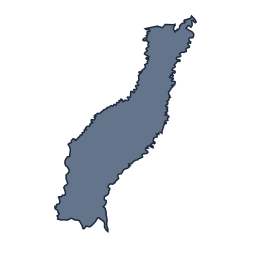 Sochiapa, Veracruz, Mexico, rotated 259°
{"feature_id": "50627088B39448172692324", "entity_name": "Sochiapa", "entity_type": "district", "adm_level": 2, "iso_a3": "MEX", "parent_name": "Mexico", "parent_adm1": "Veracruz", "projection": "albers", "projection_center": [-96.916, 19.171], "detail": "fine", "context": "isolated", "style": "filled", "palette": "slate", "viewbox_px": 256, "rotation_deg": 259, "n_neighbors": 0, "source": "geoboundaries", "source_scale": "gbopen_adm2", "svg_char_len": 5902}
<svg xmlns="http://www.w3.org/2000/svg" viewBox="0 0 256 256"><g transform="rotate(259 128 128)"><path d="M123.3,66.1L121.6,66.8L118.3,67.5L111.1,65.2L111.3,63.2L109.6,61.3L107.9,60.0L105.6,59.3L103.0,59.6L101.2,61.2L97.8,62.2L96.0,61.6L93.5,58.1L92.4,58.1L90.6,57.5L85.3,58.3L84.0,57.1L83.5,55.2L81.9,53.6L78.1,54.2L75.3,54.2L74.1,52.6L74.6,50.8L73.1,49.3L73.8,47.3L73.4,46.5L72.1,47.0L68.5,47.0L67.2,46.5L66.5,45.2L66.6,43.6L66.3,43.2L65.1,42.6L64.2,42.5L64.9,41.2L62.7,41.0L60.8,43.1L59.3,43.5L58.4,43.1L57.9,43.9L56.2,43.6L55.2,41.6L54.0,42.3L52.0,41.5L50.3,45.2L50.4,46.5L49.3,50.5L49.3,51.8L50.1,54.3L50.0,55.7L47.8,58.4L47.3,60.5L46.6,62.1L46.0,62.6L40.9,64.4L38.3,64.4L37.6,65.0L37.7,66.0L39.4,67.7L39.3,69.4L38.5,70.7L38.4,72.3L40.1,75.1L42.6,78.4L45.4,80.9L45.5,82.2L45.0,82.8L43.9,83.2L42.4,85.1L40.4,86.5L39.2,86.8L35.0,86.0L31.7,87.2L30.2,88.5L32.7,89.0L34.9,88.6L36.9,88.6L38.9,89.0L41.5,89.9L47.1,90.0L49.6,90.5L53.9,90.1L55.4,88.6L56.1,89.8L57.9,91.8L59.5,92.5L60.9,92.7L61.2,91.9L62.7,91.1L64.3,91.4L65.4,92.3L65.7,93.7L66.6,95.5L67.9,96.6L69.2,97.1L70.2,97.2L71.2,98.4L72.2,98.6L73.7,97.1L74.5,97.2L76.6,99.5L75.8,102.0L75.9,102.8L76.5,103.4L76.6,104.5L78.8,106.5L79.4,108.1L80.3,109.2L83.0,108.7L83.8,109.1L84.5,110.2L84.3,112.2L85.4,113.8L87.1,115.0L88.4,116.8L88.5,119.3L89.1,121.0L89.7,121.8L90.3,121.7L90.2,122.4L90.6,123.0L91.2,122.2L92.1,121.7L92.6,122.1L92.2,124.6L94.0,127.0L94.9,129.0L95.0,131.6L95.8,132.6L96.5,136.5L96.9,136.9L97.9,136.4L98.8,136.6L99.7,137.8L99.5,141.9L100.2,142.8L101.5,142.8L102.4,141.5L104.1,141.1L105.0,141.8L104.3,143.4L104.3,144.0L105.7,143.2L106.4,143.6L106.5,144.9L103.8,148.8L105.1,149.1L105.9,148.5L107.3,146.8L107.7,147.1L107.9,148.5L108.7,149.1L108.3,150.0L107.5,150.8L107.7,151.4L108.4,151.8L109.3,151.4L109.8,150.5L110.5,150.3L113.1,151.3L113.7,153.0L113.7,154.9L114.9,155.2L116.6,154.7L116.7,155.3L115.9,157.0L117.0,157.1L117.4,157.5L117.4,159.4L116.5,160.4L117.7,160.5L125.8,164.8L125.0,165.8L125.2,166.4L125.7,166.5L126.5,165.8L127.3,165.4L127.7,166.3L127.9,168.6L129.5,168.4L130.5,168.8L130.6,169.8L131.5,170.3L133.2,169.0L133.3,167.2L133.8,166.9L135.1,168.8L136.1,167.7L136.8,170.0L138.2,170.2L139.0,169.5L139.8,170.6L141.0,170.8L141.5,169.5L142.3,169.0L143.3,169.7L143.3,171.1L144.4,171.8L145.5,171.9L146.4,171.3L147.2,171.6L147.2,172.9L148.1,173.5L149.5,173.9L150.1,175.5L151.3,174.6L152.0,175.1L153.1,174.4L155.8,174.7L156.2,175.7L156.8,176.0L157.7,177.3L158.5,177.6L160.1,179.9L161.5,179.1L161.6,180.0L161.0,181.1L161.6,182.0L163.8,183.2L164.8,182.8L165.7,179.9L166.4,179.6L167.0,180.2L167.3,181.6L167.8,182.0L168.3,181.8L168.6,181.6L169.6,178.5L170.2,178.4L171.0,179.8L171.7,179.9L172.0,180.5L170.3,181.6L170.3,182.2L171.0,182.4L172.4,181.7L173.5,181.7L173.8,182.7L173.0,183.8L173.2,184.6L174.1,185.1L175.2,184.7L176.1,182.6L176.7,182.2L177.3,182.5L178.0,183.6L178.9,185.9L179.6,186.1L180.4,185.6L181.3,185.6L182.7,187.7L184.1,188.9L183.5,191.1L183.7,191.7L184.5,192.0L185.1,191.5L186.2,188.8L186.8,188.6L187.7,189.0L188.2,189.8L188.0,192.8L188.5,193.5L189.2,193.6L190.8,192.6L191.9,194.3L192.0,196.2L191.5,197.5L192.0,198.5L192.0,199.8L193.3,200.1L194.4,199.9L195.2,200.7L195.5,203.5L196.3,204.0L198.7,202.8L199.8,202.9L200.2,203.2L199.3,205.5L199.9,205.8L200.7,206.0L201.6,205.0L202.7,204.4L204.0,204.9L204.6,205.6L204.7,206.9L204.3,208.2L204.5,209.1L205.2,209.7L207.7,210.5L210.0,209.4L214.6,204.0L215.3,204.2L216.0,205.5L217.0,206.5L216.7,207.7L214.9,209.0L215.5,209.7L216.9,210.7L221.2,211.1L221.3,212.0L220.7,212.8L219.2,213.2L218.5,214.0L218.8,215.0L220.0,215.0L222.4,214.0L225.8,211.7L224.4,210.8L223.3,209.5L223.7,207.6L223.0,206.5L223.4,204.6L222.8,203.5L222.0,203.4L221.0,204.3L220.6,204.1L220.2,200.7L219.5,199.6L218.3,198.2L216.5,197.7L215.1,196.4L215.5,195.1L214.4,194.9L214.4,193.4L213.4,193.1L213.3,192.5L216.1,191.5L218.1,192.1L219.9,193.9L220.9,193.9L220.6,192.7L222.5,184.3L219.8,180.8L221.3,178.6L221.7,177.0L222.4,176.5L222.2,163.8L221.1,164.7L220.3,167.9L218.6,167.7L218.9,165.6L218.6,165.0L217.7,164.8L217.1,165.5L216.3,165.6L215.8,165.2L215.6,163.8L215.1,163.4L213.9,164.1L213.2,163.8L212.9,160.6L211.6,159.4L211.0,159.7L210.5,160.6L210.4,161.5L211.2,162.8L210.9,163.4L209.5,163.2L209.0,163.6L208.5,164.9L207.3,164.4L206.1,163.4L204.0,163.9L202.7,161.1L202.0,160.8L200.3,161.9L199.0,159.6L198.1,158.5L197.4,158.3L194.0,162.1L193.0,161.4L193.6,159.6L193.2,159.1L192.7,158.9L192.0,159.5L191.6,161.1L191.1,161.3L189.4,159.4L188.1,159.6L187.7,159.2L187.0,156.5L184.9,156.7L184.1,156.5L183.3,155.7L181.9,152.6L180.7,152.6L180.2,152.1L180.2,151.5L181.1,150.7L180.9,149.6L180.3,149.3L179.2,150.6L177.3,148.1L176.0,148.4L174.1,147.8L173.2,148.1L172.7,147.7L171.2,145.5L170.0,145.8L168.4,146.6L167.9,146.4L167.8,145.8L168.3,144.2L167.8,143.4L165.4,144.1L164.6,144.0L164.4,143.7L164.6,141.1L163.9,140.9L162.3,141.5L161.5,140.4L161.8,139.9L163.0,139.2L163.4,138.1L163.0,137.6L158.0,136.3L157.7,135.6L158.5,133.8L158.1,133.1L156.4,134.0L155.6,134.1L155.2,133.7L155.0,132.8L156.0,130.5L155.7,129.8L154.8,129.0L154.7,128.4L155.1,127.9L156.7,127.8L157.6,127.0L157.6,126.4L156.3,126.3L156.1,126.0L156.6,125.1L156.6,124.5L154.8,124.0L154.6,123.6L155.1,122.2L155.0,121.6L153.4,121.1L152.7,120.4L153.8,118.9L152.3,117.2L153.1,116.2L152.9,114.8L152.0,113.8L152.2,111.5L151.4,111.4L151.1,110.1L150.4,109.3L150.6,108.4L150.5,107.6L149.7,106.8L148.9,104.8L148.2,104.3L147.7,102.7L148.2,100.9L147.3,99.3L146.8,97.8L146.4,97.4L145.6,98.6L145.2,98.2L144.8,96.9L143.5,97.5L142.9,96.9L142.3,96.1L143.2,94.0L142.9,93.4L141.2,93.2L140.1,94.4L139.7,94.0L139.8,93.0L139.1,91.4L137.4,90.9L137.0,90.2L137.4,89.3L137.4,88.2L136.5,86.7L135.6,86.1L134.3,86.7L134.5,84.8L132.9,84.5L132.2,84.1L132.2,82.2L130.0,81.6L130.2,79.9L128.7,78.8L128.3,78.1L128.3,77.3L127.0,76.5L126.7,74.5L125.8,74.4L125.9,73.7L127.9,72.7L127.9,71.9L126.2,69.9L124.8,69.9L124.4,69.3L124.2,67.4L123.3,66.1Z" fill="#64748b" stroke="#1e293b" stroke-width="1.5"/></g></svg>